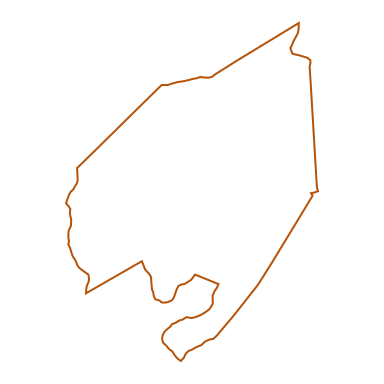 outline of Bonito, Pará, Brazil
{"feature_id": "56859067B73702503430896", "entity_name": "Bonito", "entity_type": "district", "adm_level": 2, "iso_a3": "BRA", "parent_name": "Brazil", "parent_adm1": "Pará", "projection": "albers", "projection_center": [-47.328, -1.394], "detail": "fine", "context": "isolated", "style": "outline", "palette": "amber", "viewbox_px": 384, "rotation_deg": 0, "n_neighbors": 0, "source": "geoboundaries", "source_scale": "gbopen_adm2", "svg_char_len": 1683}
<svg xmlns="http://www.w3.org/2000/svg" viewBox="0 0 384 384"><path d="M316.9,187.5L310.6,81.7L309.6,66.3L310.4,63.4L310.4,60.3L307.5,57.9L304.8,57.0L298.5,55.1L295.3,54.5L292.4,53.7L291.3,50.9L290.4,48.1L291.8,45.4L293.2,41.8L297.7,33.5L298.6,29.1L298.8,23.0L235.7,61.4L214.6,74.7L211.8,77.0L208.3,77.7L203.9,77.5L200.4,77.0L196.0,78.4L193.2,78.8L189.0,80.0L182.7,81.4L177.7,82.0L171.3,83.8L167.9,85.0L161.6,85.0L136.5,109.7L102.9,142.8L77.1,168.1L77.6,177.8L77.6,180.9L76.5,184.0L74.6,186.8L73.2,189.5L70.8,191.7L69.1,194.5L67.6,198.7L66.0,203.4L68.4,205.9L70.3,209.0L69.9,213.0L70.4,216.4L71.2,219.4L71.0,225.6L68.5,231.2L68.3,237.4L69.0,241.0L68.3,244.4L70.1,247.9L71.9,254.1L73.0,256.8L74.8,259.3L76.2,262.1L77.4,265.4L79.3,267.9L81.8,269.9L88.4,274.6L89.0,278.5L88.7,281.6L87.2,284.9L86.4,287.7L86.0,293.3L141.9,261.2L145.2,269.6L149.5,274.3L151.0,276.9L151.3,281.8L152.0,289.6L153.3,292.3L153.6,295.3L155.2,299.2L159.6,300.6L161.8,302.5L164.9,302.6L168.0,302.0L171.3,300.7L173.5,298.3L174.6,295.4L176.8,289.0L178.5,285.9L181.1,284.6L184.6,284.0L191.1,279.9L195.1,274.6L218.5,284.1L217.0,287.6L214.3,291.6L212.6,295.8L212.8,303.5L211.3,306.3L209.1,309.5L205.4,312.2L200.7,315.0L195.7,317.1L191.0,318.1L186.6,317.1L182.7,319.5L178.8,320.7L175.8,322.7L172.1,324.1L170.2,326.7L167.3,329.0L164.5,331.8L162.7,335.2L162.1,339.1L163.2,342.9L166.5,345.8L169.0,349.1L172.3,351.4L174.1,354.4L176.9,358.0L180.8,361.0L184.0,357.5L185.7,353.8L188.5,351.0L192.4,349.4L196.3,347.1L201.5,345.0L205.0,341.6L209.4,339.6L213.3,338.9L216.8,335.6L233.6,315.7L257.9,284.9L272.1,262.4L312.6,195.7L311.0,193.2L314.1,192.6L318.0,191.2L316.9,187.5Z" fill="none" stroke="#b45309" stroke-width="2"/></svg>